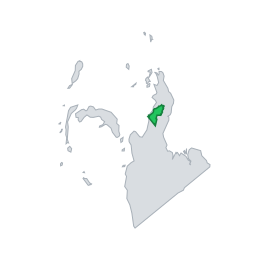 location of Sohe District, Northern, Papua New Guinea, rotated 231°
{"feature_id": "67681753B17052128293430", "entity_name": "Sohe District", "entity_type": "district", "adm_level": 2, "iso_a3": "PNG", "parent_name": "Papua New Guinea", "parent_adm1": "Northern", "projection": "equal_earth", "projection_center": [147.829, -8.649], "detail": "fine", "context": "in_parent", "style": "filled", "palette": "green", "viewbox_px": 256, "rotation_deg": 231, "n_neighbors": 0, "source": "geoboundaries", "source_scale": "gbopen_adm2", "svg_char_len": 5382}
<svg xmlns="http://www.w3.org/2000/svg" viewBox="0 0 256 256"><g transform="rotate(231 128 128)"><path d="M46.3,167.1L46.1,134.3L44.8,131.9L46.0,126.0L45.8,70.5L48.2,70.7L59.5,77.5L67.2,81.1L73.9,82.7L80.0,88.3L84.6,88.6L91.3,96.4L94.0,96.9L98.8,103.4L99.1,108.7L98.6,112.0L105.9,115.2L112.8,119.7L116.6,120.2L118.7,121.7L121.3,125.6L121.8,130.7L120.3,131.6L113.8,131.6L111.9,133.3L114.6,141.4L120.4,148.7L124.9,152.1L126.2,158.8L128.4,160.9L129.9,166.2L132.2,166.7L136.6,165.9L137.4,168.1L136.7,171.4L137.4,172.8L145.6,175.6L142.8,177.3L144.0,180.4L149.4,183.0L152.7,184.0L154.7,183.7L152.4,185.2L150.3,184.7L149.9,185.2L150.8,186.5L152.5,187.8L150.7,189.6L148.9,189.9L145.6,188.7L142.7,185.4L133.8,184.0L130.7,182.5L128.2,183.0L120.9,181.2L118.6,178.9L117.0,175.4L112.7,171.1L111.7,169.0L112.1,166.3L110.9,166.7L108.4,164.7L101.8,151.7L98.5,149.9L90.2,147.6L88.9,145.1L85.0,144.2L84.2,145.8L81.0,147.0L78.3,145.7L75.6,142.6L78.8,149.8L77.7,149.7L78.2,150.8L77.6,151.0L74.1,150.6L75.2,153.5L69.5,155.2L65.2,154.6L63.2,155.3L62.4,155.3L61.3,153.1L59.7,153.5L61.0,153.5L62.7,156.1L66.2,155.7L69.7,157.6L72.6,161.9L72.5,164.8L64.7,170.2L60.0,167.9L53.4,168.5L51.0,167.6L48.0,168.7L46.3,167.1ZM165.7,94.4L167.3,95.9L169.0,94.3L172.1,96.2L171.5,103.4L170.5,105.4L167.8,106.1L167.5,107.1L169.2,111.3L168.5,112.8L166.1,114.4L162.3,114.2L161.2,117.1L159.1,119.7L150.8,124.8L141.7,125.2L138.7,122.1L135.6,122.6L131.4,118.9L127.9,117.4L127.2,116.0L127.3,114.1L128.2,113.0L134.5,113.2L138.5,114.7L143.7,113.8L145.1,112.7L145.7,108.1L146.6,106.2L147.4,107.1L146.4,110.6L147.6,113.8L151.3,112.9L153.7,113.6L155.5,112.7L158.1,107.7L160.2,105.4L164.0,104.3L163.9,100.6L162.6,95.6L163.2,94.1L165.7,94.4ZM211.2,131.1L210.7,132.7L210.5,132.2L208.6,133.7L206.4,133.2L204.4,131.6L203.0,128.7L202.9,125.5L200.8,124.0L198.0,119.9L197.5,117.1L197.7,112.6L201.8,115.3L205.8,123.1L209.7,126.5L211.2,131.1ZM180.2,96.4L177.5,103.5L175.8,100.6L175.2,98.6L175.0,93.1L170.8,84.9L166.4,82.2L157.4,73.7L153.8,72.4L154.7,72.0L154.7,69.9L159.1,74.3L161.9,75.4L165.6,78.8L168.0,80.0L178.9,92.7L180.2,96.4ZM108.6,61.0L117.1,61.3L117.3,62.3L116.1,62.4L114.7,64.1L109.6,63.6L107.4,64.5L107.3,63.3L108.1,62.9L108.0,61.6L108.6,61.0ZM151.3,170.5L152.8,171.7L154.1,171.6L155.1,173.0L155.3,175.3L154.7,175.8L154.3,175.1L150.2,174.6L151.0,173.3L150.3,170.7L151.3,170.5ZM150.4,71.2L147.4,71.2L145.2,68.4L148.1,67.1L150.3,68.4L150.4,71.2ZM157.3,180.5L159.2,179.0L159.7,179.5L158.9,183.1L156.0,181.6L154.0,175.9L157.3,180.5ZM173.1,165.5L176.4,164.9L177.9,166.4L178.4,167.0L178.1,168.5L175.4,167.9L173.1,165.5ZM180.5,199.7L186.5,203.6L184.3,204.2L182.4,203.2L182.1,202.3L181.4,202.6L181.8,201.9L180.5,199.7ZM123.8,118.3L121.1,115.4L121.2,113.4L124.1,115.1L123.8,118.3ZM149.2,172.7L148.4,172.8L146.7,170.7L147.7,168.4L149.0,169.3L149.2,172.7ZM196.8,112.5L195.7,107.7L196.7,106.2L197.7,109.3L196.8,112.5ZM114.4,112.5L112.5,110.6L113.9,108.9L114.7,109.8L114.4,112.5ZM143.0,54.7L142.0,55.1L140.6,53.5L141.0,51.8L142.6,52.9L143.0,54.7ZM102.0,100.7L100.9,102.4L100.1,101.1L101.4,99.2L102.0,100.7ZM157.8,156.8L157.8,162.5L157.0,161.4L157.4,159.0L156.5,158.3L157.8,156.8ZM73.3,158.3L75.2,160.6L70.7,156.9L73.3,158.3ZM74.9,157.7L72.5,156.8L72.0,156.0L74.9,156.4L74.9,157.7ZM192.3,200.3L192.1,201.1L190.5,201.2L189.5,200.1L190.5,200.3L190.3,199.5L192.3,200.3ZM174.7,76.9L174.8,79.6L173.7,77.7L174.7,76.9ZM168.8,75.5L168.3,76.2L167.2,74.3L167.4,74.0L168.8,75.5ZM155.3,188.5L155.1,189.7L154.0,189.1L154.2,188.4L155.3,188.5ZM167.8,73.4L167.0,73.8L167.1,71.9L167.8,73.4ZM121.7,65.1L121.8,66.4L120.6,66.1L121.7,65.1ZM186.0,91.8L185.9,93.0L185.2,92.6L186.0,91.8Z" fill="#d9dde1" stroke="#a8b0b8" stroke-width="1"/><path d="M112.5,150.6L116.7,156.0L117.6,155.6L119.7,158.6L117.3,161.4L117.4,161.5L117.5,161.4L117.6,161.5L117.8,161.7L117.7,161.7L117.6,161.8L117.5,162.0L117.5,162.3L117.7,162.5L117.8,162.6L118.0,162.8L118.0,163.0L118.1,163.3L118.1,163.5L118.3,163.8L118.5,163.9L118.5,164.0L118.6,164.3L118.6,164.5L118.7,164.8L118.9,164.8L119.0,164.9L119.3,164.9L119.5,164.9L119.5,165.0L119.7,165.3L119.8,165.4L119.8,165.5L120.0,165.8L120.2,166.0L120.2,166.3L120.3,166.4L120.3,166.5L120.3,166.8L120.5,166.8L120.6,167.0L120.7,167.3L120.6,167.5L120.7,167.8L120.8,167.9L121.0,167.9L121.2,167.7L121.3,167.7L121.5,167.7L121.4,167.7L121.4,167.8L121.5,167.8L121.7,168.0L121.8,168.1L121.7,168.1L121.8,168.1L121.8,168.3L121.9,168.5L121.9,168.8L121.9,169.0L122.0,169.1L122.1,169.3L122.2,169.5L122.3,169.5L122.4,169.8L122.5,169.8L122.5,169.7L122.8,169.6L123.0,169.7L123.4,169.4L123.5,169.3L123.5,169.2L123.8,168.9L123.8,168.7L123.9,168.4L124.2,168.3L124.8,168.6L124.8,167.7L125.0,166.0L125.1,165.9L125.3,165.9L125.2,165.9L125.3,165.9L125.5,165.8L125.5,165.7L125.6,165.4L125.5,165.2L125.4,165.2L125.2,164.9L125.3,164.7L125.2,164.4L125.4,163.0L125.4,162.1L125.6,161.8L125.7,161.6L126.0,161.3L126.0,161.2L126.2,160.9L126.3,160.3L126.1,159.3L125.2,158.7L124.2,157.3L124.2,153.3L125.0,152.0L124.9,151.9L124.8,151.7L124.9,151.4L124.8,151.5L124.7,151.5L124.5,151.4L124.4,151.5L124.4,151.4L124.3,151.5L124.2,151.5L124.0,151.4L123.9,151.4L123.8,151.5L123.9,151.4L123.9,151.5L123.7,151.5L123.7,151.4L123.6,151.5L123.5,151.4L123.5,151.5L123.4,151.7L123.2,151.5L123.2,151.4L123.1,151.2L123.1,150.9L123.1,150.7L115.4,150.6L114.7,151.2L114.4,150.6L112.5,150.6ZM123.6,151.5L123.6,151.4L123.6,151.5L123.6,151.5Z" fill="#22c55e" stroke="#15803d" stroke-width="1.5"/></g></svg>